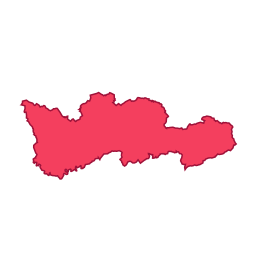 Dak Doa, Gia Lai, Vietnam, rotated 73°
{"feature_id": "81297802B36312306774318", "entity_name": "Dak Doa", "entity_type": "district", "adm_level": 2, "iso_a3": "VNM", "parent_name": "Vietnam", "parent_adm1": "Gia Lai", "projection": "albers", "projection_center": [108.178, 14.116], "detail": "fine", "context": "isolated", "style": "filled", "palette": "rose", "viewbox_px": 256, "rotation_deg": 73, "n_neighbors": 0, "source": "geoboundaries", "source_scale": "gbopen_adm2", "svg_char_len": 5898}
<svg xmlns="http://www.w3.org/2000/svg" viewBox="0 0 256 256"><g transform="rotate(73 128 128)"><path d="M89.7,138.2L90.5,139.8L90.3,140.2L89.7,140.3L90.0,141.9L88.7,142.7L88.3,143.4L85.5,145.7L85.8,147.7L85.6,154.5L88.3,154.8L90.9,156.7L90.9,157.2L90.1,158.4L90.8,159.6L91.6,160.2L92.0,162.2L91.7,163.6L92.1,165.4L93.0,166.9L93.9,167.3L94.4,166.9L95.2,167.7L95.8,167.2L95.3,168.4L95.8,168.7L96.0,169.3L96.5,168.2L97.2,168.5L97.8,169.2L98.0,168.7L98.5,168.8L99.1,168.3L102.9,168.0L103.7,170.4L105.6,171.5L105.8,174.6L106.5,176.1L106.2,176.6L105.1,176.8L104.9,177.2L103.3,177.8L103.4,178.8L104.7,180.9L103.0,182.3L101.6,183.2L99.1,182.2L99.0,183.0L99.6,183.5L99.6,184.7L99.3,185.2L98.9,185.0L98.7,185.6L99.3,185.7L98.8,186.3L97.2,187.5L93.2,188.4L88.6,189.9L88.1,191.0L88.2,192.5L87.8,193.6L88.5,194.9L88.8,197.1L87.5,198.6L86.3,199.1L84.8,200.7L82.9,200.9L82.3,201.3L81.9,202.0L82.5,203.6L82.0,204.4L82.2,205.9L80.2,206.4L78.6,207.7L78.0,208.4L79.2,210.1L79.0,210.9L76.4,211.9L74.3,215.0L71.7,217.0L71.5,221.0L73.2,221.6L73.9,222.5L74.5,222.5L74.7,223.2L76.6,220.1L79.2,220.7L81.8,222.4L82.8,222.4L82.9,221.0L83.5,220.9L86.2,221.3L88.7,222.2L89.6,221.2L90.0,221.1L90.9,221.5L91.6,222.4L92.7,221.3L96.1,220.6L98.9,219.1L100.4,219.2L100.8,218.8L101.5,219.1L102.2,218.9L102.8,219.5L104.2,219.7L105.7,219.2L106.1,219.3L106.4,219.9L106.8,219.6L107.6,219.6L108.5,218.5L110.3,218.7L110.8,218.4L112.8,218.5L114.1,219.1L115.3,218.9L115.5,220.2L117.0,223.2L119.1,223.9L125.0,223.5L126.6,222.8L128.0,223.8L128.3,224.5L129.1,225.1L129.5,225.1L129.3,225.6L130.0,227.7L131.8,227.9L132.5,227.7L133.1,228.0L133.1,228.5L134.3,228.0L133.8,226.3L134.2,225.4L134.9,225.5L137.0,226.7L137.4,226.6L137.5,226.3L137.2,225.7L137.8,224.7L136.6,223.7L137.7,222.6L138.3,222.5L139.0,223.4L140.3,223.5L143.2,222.7L144.4,220.7L144.9,220.4L145.4,220.5L146.5,221.4L147.2,221.2L147.8,220.2L147.9,219.2L149.7,218.2L150.2,217.6L149.8,217.0L148.1,216.2L148.0,215.7L150.1,215.8L150.6,215.3L151.4,214.1L152.4,211.6L153.0,210.9L153.1,209.3L154.5,208.9L155.4,208.3L156.7,208.0L157.2,207.0L157.0,206.1L154.4,203.3L153.7,203.3L152.8,202.6L152.8,202.2L154.4,200.5L154.5,199.6L154.2,199.1L153.3,198.7L152.7,198.8L151.5,200.4L151.1,200.6L149.8,200.5L149.3,199.9L149.6,199.1L152.4,198.5L152.2,197.9L150.7,197.2L150.5,195.4L150.6,194.9L151.1,194.7L152.6,195.3L152.9,195.1L152.8,193.8L152.1,191.3L152.3,190.9L153.8,190.2L154.0,189.7L153.4,189.4L151.7,190.0L150.8,189.9L149.9,189.5L149.5,188.9L149.9,188.6L151.0,188.9L151.2,188.5L150.8,185.5L150.1,184.6L150.3,184.1L150.9,184.1L153.0,184.7L153.4,183.9L153.1,183.2L153.4,182.9L152.8,181.9L152.9,181.3L150.5,179.4L151.0,175.2L150.3,174.2L150.0,172.5L149.2,172.0L149.5,170.5L149.2,169.7L147.8,168.2L148.4,165.3L147.6,165.0L150.0,164.2L149.1,163.5L145.8,158.7L146.7,154.9L146.2,154.0L145.9,151.5L145.3,150.0L146.1,148.5L146.2,147.3L146.9,145.8L147.1,143.1L148.4,141.6L149.3,141.0L149.9,140.9L150.8,141.7L152.6,142.4L154.1,142.2L155.4,144.0L155.6,144.9L155.8,144.9L157.9,143.8L159.3,144.0L159.9,143.5L161.8,143.6L163.4,142.4L163.0,140.9L162.3,139.9L160.4,138.1L160.3,136.4L160.8,135.1L162.8,133.7L163.3,132.0L163.0,129.9L161.4,127.7L165.3,126.4L163.4,121.3L163.4,120.4L162.7,119.3L163.1,118.1L163.1,117.2L162.1,116.2L161.1,115.6L159.9,115.6L159.1,116.0L158.4,115.9L158.9,114.8L159.7,114.3L160.7,112.2L161.3,112.4L161.5,112.8L162.4,112.5L163.7,113.2L164.0,113.3L164.2,113.0L164.4,111.0L163.6,109.8L164.7,109.6L164.9,109.1L164.6,107.7L163.8,107.1L162.7,104.8L162.3,104.8L162.5,102.8L163.1,102.0L163.0,101.1L164.2,100.2L163.9,99.2L164.1,97.6L162.7,96.8L162.3,95.9L163.2,93.2L163.7,92.9L164.6,91.1L165.2,90.9L165.5,89.0L164.3,88.6L165.3,88.0L165.4,86.9L165.7,86.6L167.5,86.2L168.2,84.7L169.7,84.0L172.5,85.5L173.4,86.5L174.8,87.3L178.4,86.7L178.8,85.7L179.3,85.2L179.6,83.7L182.1,85.3L184.5,85.6L183.1,83.8L182.3,81.7L182.4,79.2L182.9,78.3L183.1,76.6L182.8,75.0L183.8,73.8L184.0,72.0L183.7,71.0L184.1,70.2L183.3,66.6L181.2,65.7L181.5,64.1L180.5,62.9L180.2,59.9L180.6,57.7L181.2,56.6L181.2,53.1L180.5,52.7L180.5,51.9L179.1,49.9L180.0,48.6L180.4,45.6L180.3,43.9L179.4,42.6L179.2,40.5L178.7,39.9L178.5,38.5L178.5,38.2L179.6,36.6L177.8,33.5L175.3,31.9L175.2,31.5L175.6,30.9L174.9,29.2L173.3,29.9L171.8,30.0L170.9,30.3L169.5,30.0L168.5,30.7L167.2,31.1L165.7,30.4L163.7,30.7L162.0,29.6L159.6,29.5L159.0,28.8L158.4,28.6L158.0,27.7L157.1,27.5L156.1,28.0L155.2,28.8L152.8,29.9L152.2,31.7L151.4,32.8L151.2,34.3L150.6,35.0L150.6,35.7L151.3,36.2L151.1,37.4L150.2,37.8L149.7,39.1L149.1,39.2L147.0,40.6L147.2,42.2L146.4,42.4L146.0,43.1L143.8,43.0L143.4,44.1L142.5,45.3L141.9,45.3L141.3,46.0L140.0,48.4L139.6,49.5L139.8,50.6L139.5,52.8L140.4,54.5L141.5,54.9L143.4,52.5L143.9,53.2L145.5,54.2L143.7,57.1L143.7,60.8L144.2,62.2L143.7,63.0L143.7,65.5L143.4,67.0L142.3,67.4L142.2,68.0L144.3,70.7L145.9,71.9L146.1,73.1L145.7,73.5L145.4,76.1L143.7,76.6L143.9,77.1L143.6,77.8L143.8,78.6L142.5,81.0L142.1,82.5L140.4,84.8L139.7,88.1L139.8,88.7L139.1,90.6L139.2,91.0L139.7,91.2L139.0,91.9L137.5,92.2L136.5,92.8L134.9,92.3L134.3,90.8L133.2,89.6L129.7,88.3L128.9,86.2L128.6,85.9L126.3,86.9L125.8,87.4L125.0,87.4L123.9,88.3L123.0,87.8L123.1,87.4L122.6,87.1L121.2,87.8L119.8,87.6L119.0,87.9L118.1,88.5L118.0,89.1L117.2,89.6L115.8,88.8L114.6,89.3L114.1,90.6L113.5,90.9L113.2,90.7L112.7,91.1L112.5,91.9L110.9,94.1L110.3,94.3L110.5,96.1L110.2,96.2L110.1,95.7L109.7,95.6L108.9,96.6L109.4,97.0L109.5,97.7L108.4,98.0L107.7,99.8L106.3,99.4L105.7,101.1L104.5,102.2L104.1,103.3L104.5,104.2L104.2,104.4L103.6,105.9L103.5,106.7L102.5,108.1L101.8,109.6L102.3,110.7L103.3,111.4L104.0,113.4L104.1,114.8L103.5,115.4L103.7,116.4L103.5,116.8L101.5,117.6L101.4,117.9L102.2,122.7L103.2,125.1L103.4,126.5L104.3,128.1L101.9,129.9L103.0,132.8L99.2,135.0L99.1,133.9L98.3,133.4L97.6,133.5L97.9,132.7L97.6,132.1L96.9,132.4L96.3,131.9L95.7,132.4L92.2,131.5L89.5,134.3L88.9,135.2L89.9,136.4L89.7,138.2Z" fill="#f43f5e" stroke="#9f1239" stroke-width="1.5"/></g></svg>